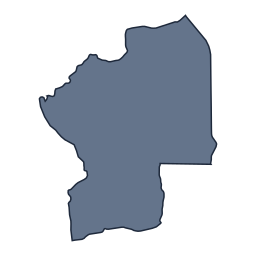 Centre, Natural Earth projection
{"feature_id": "TGO-89", "entity_name": "Centre", "entity_type": "Region", "adm_level": 1, "iso_a3": "TGO", "parent_name": "Togo", "parent_adm1": "", "projection": "natural_earth1", "projection_center": [0.902, 8.593], "detail": "fine", "context": "isolated", "style": "filled", "palette": "slate", "viewbox_px": 256, "rotation_deg": 0, "n_neighbors": 0, "source": "natural_earth", "source_scale": "10m", "svg_char_len": 2682}
<svg xmlns="http://www.w3.org/2000/svg" viewBox="0 0 256 256"><path d="M52.8,96.5L54.3,95.7L54.8,93.5L55.0,91.0L55.7,89.0L55.8,89.0L59.6,87.8L62.5,86.5L65.2,83.6L66.0,83.2L68.1,83.2L69.1,82.9L69.8,82.3L70.4,81.0L70.4,80.1L70.1,79.4L69.6,78.9L69.2,78.4L69.1,77.6L69.3,76.8L70.1,75.9L75.6,71.7L76.0,71.0L76.3,70.2L76.5,69.3L76.7,68.4L77.1,66.7L77.7,66.1L78.4,65.6L80.9,65.0L81.9,64.6L83.3,62.9L83.6,62.4L83.9,61.8L84.4,61.3L87.3,59.0L88.0,58.1L88.5,57.3L88.7,56.5L89.1,55.7L89.5,55.0L90.1,54.6L90.8,54.4L91.7,54.7L92.7,54.9L94.0,54.9L95.7,54.7L96.5,55.1L97.0,55.8L97.2,56.7L97.5,57.5L97.8,58.2L102.2,60.1L103.1,60.2L104.9,60.4L105.8,60.5L108.0,61.5L108.9,61.7L109.8,61.7L110.6,61.7L115.8,60.5L118.3,60.2L119.4,59.7L120.6,58.9L122.6,57.1L124.5,54.8L126.8,52.5L127.3,51.4L127.5,50.5L125.9,46.8L125.6,45.1L125.6,39.2L125.4,36.2L125.4,34.3L125.8,32.4L126.3,30.7L126.7,30.1L127.1,29.6L127.4,29.3L132.1,28.0L142.5,26.4L144.6,26.4L151.5,28.1L153.2,28.2L155.9,28.1L175.0,21.9L177.4,22.0L180.0,20.4L185.5,15.4L186.2,16.6L197.3,30.0L205.9,40.4L208.7,46.2L209.8,50.1L210.6,54.5L210.8,74.6L211.0,92.2L211.2,107.1L211.4,128.7L211.5,133.5L211.7,135.4L212.4,137.2L216.0,142.4L216.6,144.0L216.0,146.8L211.5,155.5L211.3,156.9L211.3,159.7L210.6,163.6L211.0,164.3L160.1,163.5L160.1,164.5L160.0,165.2L159.4,166.6L159.3,167.4L159.2,174.4L159.3,175.4L159.5,176.2L160.4,178.4L160.6,179.3L160.7,181.3L160.8,182.3L161.3,183.9L161.4,184.8L161.1,187.5L161.2,188.3L161.5,189.1L161.8,189.8L162.3,190.4L163.3,191.4L163.6,192.1L163.9,193.0L164.0,193.9L164.0,197.1L163.8,198.0L163.2,200.6L162.9,202.5L162.8,205.6L162.1,209.2L162.2,213.2L162.1,214.1L161.9,215.0L160.0,219.4L159.8,220.2L159.9,220.9L160.2,221.6L161.0,222.6L160.9,223.0L160.7,223.3L156.4,226.8L152.2,228.3L140.6,231.0L138.0,231.2L135.8,230.9L133.7,230.4L132.3,229.6L131.2,229.2L125.3,227.8L123.8,227.2L121.8,227.2L108.5,229.2L106.5,229.1L105.8,228.8L105.1,228.6L104.4,228.8L103.0,231.2L102.5,231.7L102.0,232.1L100.5,232.5L89.4,234.2L88.2,234.8L86.0,236.4L84.9,237.4L84.1,238.3L82.0,239.3L75.0,240.1L72.2,240.6L70.9,230.0L71.0,224.0L70.9,220.9L69.6,214.9L69.1,207.3L68.4,203.4L69.1,202.2L70.2,201.3L70.9,199.2L70.7,197.0L69.7,195.6L68.6,194.4L68.1,192.7L68.2,190.6L68.9,190.0L70.0,189.8L71.2,189.2L75.8,184.4L78.1,182.6L84.2,179.5L86.4,177.9L87.5,175.5L86.9,171.5L86.4,171.0L84.8,170.6L84.2,170.1L84.1,169.3L84.2,167.7L83.9,165.4L83.9,163.5L83.6,161.8L78.3,156.8L76.5,150.7L74.1,144.7L65.0,139.8L61.4,136.8L58.1,133.2L55.7,130.1L50.2,125.7L44.7,116.8L40.6,106.7L39.7,100.8L39.4,98.8L40.4,97.3L42.1,96.9L43.8,97.6L45.2,101.2L46.7,99.4L47.6,96.7L46.9,96.0L48.3,95.5L49.6,95.7L51.0,96.2L52.8,96.5Z" fill="#64748b" stroke="#1e293b" stroke-width="1.5"/></svg>